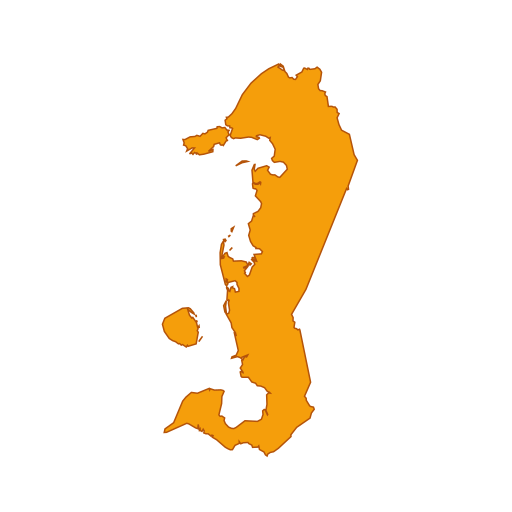 outline of Nenets, rotated 292°
{"feature_id": "RUS-2381", "entity_name": "Nenets", "entity_type": "Autonomous Province", "adm_level": 1, "iso_a3": "RUS", "parent_name": "Russia", "parent_adm1": "", "projection": "mercator", "projection_center": [54.749, 68.144], "detail": "fine", "context": "isolated", "style": "filled", "palette": "amber", "viewbox_px": 512, "rotation_deg": 292, "n_neighbors": 0, "source": "natural_earth", "source_scale": "10m", "svg_char_len": 6125}
<svg xmlns="http://www.w3.org/2000/svg" viewBox="0 0 512 512"><g transform="rotate(292 256 256)"><path d="M74.7,341.2L75.2,339.2L77.3,336.8L77.9,331.7L80.9,329.7L79.5,329.3L77.3,324.5L79.1,322.9L79.4,319.5L80.1,318.4L78.1,314.2L76.2,312.2L77.6,310.0L76.0,310.7L72.6,307.5L67.6,306.7L66.7,304.7L66.8,302.1L67.2,299.1L70.9,288.3L71.6,283.5L73.4,283.5L73.4,282.2L72.1,281.9L73.2,278.3L72.4,276.0L72.4,273.9L74.4,273.5L75.6,271.9L73.1,271.6L73.3,269.7L74.7,269.0L73.3,268.7L78.2,265.5L74.1,266.8L74.0,264.4L75.2,256.4L74.9,254.4L59.0,239.1L58.0,237.0L61.6,236.4L70.6,242.1L94.0,242.4L98.9,243.9L105.3,247.2L106.8,253.1L115.7,262.2L114.4,263.2L115.8,263.4L116.1,267.7L118.7,273.6L119.0,275.8L118.6,277.1L112.9,277.0L106.3,279.4L94.8,281.1L93.9,282.8L94.8,284.3L94.1,287.6L91.5,288.0L89.1,290.4L87.1,294.6L87.0,297.8L87.7,300.1L89.6,301.8L99.1,307.5L103.2,319.3L106.7,322.2L111.6,321.9L114.9,320.2L116.8,321.1L116.9,322.0L113.0,326.1L113.5,326.2L116.6,323.0L122.7,321.7L131.2,317.9L133.8,319.0L134.2,320.6L134.7,319.6L134.7,317.2L137.1,313.3L137.2,309.2L136.2,305.8L137.9,303.3L137.6,299.3L140.7,294.4L138.6,289.1L138.4,288.1L138.9,287.2L142.6,284.8L143.4,285.4L142.9,287.7L143.3,287.6L146.2,283.4L150.3,284.2L154.0,281.8L154.8,282.6L154.1,282.8L158.0,283.1L159.3,284.1L158.7,284.8L159.2,285.2L161.2,285.4L156.9,280.9L155.4,281.3L155.9,279.1L155.7,276.4L152.0,271.6L153.5,271.5L156.6,274.8L161.7,275.0L177.3,264.2L174.3,267.7L177.1,265.7L180.6,260.5L184.7,258.0L190.8,250.4L192.9,252.2L195.8,251.8L202.2,248.0L204.8,247.7L205.1,247.1L204.1,246.8L204.6,245.4L213.5,242.5L215.5,240.6L216.3,240.5L215.6,242.6L213.5,243.9L213.3,245.0L217.6,244.6L218.8,245.8L217.7,245.9L217.7,248.3L214.8,250.4L216.8,253.4L219.5,252.4L222.6,249.0L224.4,248.3L225.3,245.9L221.1,240.2L221.2,238.8L223.4,238.4L223.6,236.9L221.2,237.8L219.7,240.4L217.3,239.9L218.2,238.2L234.5,226.2L245.6,221.5L253.9,219.6L257.7,220.2L254.1,222.2L240.6,224.8L241.9,226.8L243.1,226.8L242.3,225.8L243.0,225.3L247.0,226.3L248.3,227.8L245.4,230.1L244.8,231.8L244.6,235.5L242.8,237.0L246.1,244.3L246.8,249.2L244.3,252.1L240.9,248.8L240.3,249.4L242.3,252.1L237.9,250.8L236.7,252.3L235.7,251.9L233.8,255.7L235.9,257.0L244.4,256.6L247.7,258.0L249.4,256.8L251.1,253.2L251.7,253.4L250.9,256.1L251.4,258.6L256.7,253.6L260.0,260.2L262.5,260.3L264.1,256.5L262.9,253.1L263.9,252.8L264.4,249.5L267.4,245.5L272.4,241.5L277.9,240.9L283.1,236.8L286.7,238.8L292.1,238.4L292.4,238.9L291.9,240.5L293.2,238.1L294.3,237.7L298.2,241.2L302.5,242.3L306.7,241.5L308.2,239.9L311.5,232.9L317.3,232.4L318.2,230.4L317.7,229.2L317.8,227.8L321.6,225.7L322.9,225.7L322.2,228.5L323.2,231.0L325.2,232.2L324.5,233.2L326.1,232.8L326.3,231.9L323.6,230.0L323.0,228.0L323.3,225.5L334.1,220.1L340.2,220.2L340.5,220.8L335.7,221.9L334.3,223.5L338.1,225.0L343.7,232.1L343.3,234.9L339.8,234.6L337.2,238.8L337.5,241.3L338.3,243.1L337.5,246.6L337.8,248.6L348.2,252.5L351.4,250.3L353.3,246.3L352.7,242.8L349.7,237.9L350.6,235.5L352.4,233.9L355.4,235.5L362.2,233.8L366.3,229.3L368.4,225.4L371.1,224.8L370.0,223.8L370.7,220.1L369.9,214.2L367.7,211.4L366.7,211.6L367.1,214.3L366.5,215.0L364.4,213.6L364.4,207.5L363.5,204.5L359.4,197.6L357.7,192.5L356.4,191.3L356.6,188.9L358.0,186.9L365.5,186.5L365.7,185.4L365.1,183.8L366.7,182.9L366.0,180.8L366.4,178.8L370.3,176.5L372.4,177.7L373.5,176.6L374.4,178.3L378.9,180.4L385.3,181.9L400.5,182.9L414.3,186.6L427.0,192.7L434.4,197.7L442.5,205.1L441.7,206.2L439.4,205.6L438.2,211.1L438.6,212.9L441.2,210.4L441.0,207.3L443.1,206.8L442.2,210.1L437.9,213.7L436.8,216.2L434.0,219.1L433.8,220.6L435.0,222.6L434.0,224.8L434.5,226.5L437.8,227.2L438.7,225.5L443.8,229.6L448.0,229.9L448.5,230.7L448.2,233.7L449.7,233.8L449.9,234.9L449.2,235.7L449.6,236.8L451.7,240.5L454.0,241.9L453.1,245.2L450.9,248.0L442.5,250.0L438.2,249.1L434.5,251.4L433.4,253.5L434.0,255.3L434.1,259.0L432.1,259.0L430.7,260.2L430.4,262.1L421.8,267.1L423.2,270.3L423.1,272.0L423.8,273.5L422.4,276.2L419.5,277.5L419.2,279.7L414.5,279.4L408.9,283.7L404.7,288.2L403.8,297.0L386.7,309.0L382.7,314.2L355.4,315.2L352.5,316.8L351.7,316.0L352.5,314.7L243.8,314.8L215.2,310.8L212.8,313.5L209.7,314.6L209.1,316.8L204.0,318.0L203.5,318.9L203.8,320.7L203.2,322.5L204.4,323.8L203.7,324.5L159.4,353.9L144.1,353.5L142.9,355.8L141.0,356.7L137.3,361.7L136.9,362.8L137.4,365.9L135.7,367.4L131.2,366.2L125.9,366.8L112.4,357.9L103.3,355.3L101.7,356.1L86.1,348.8L81.1,345.6L79.3,342.9L76.8,341.1L74.7,341.2ZM182.7,212.8L182.5,214.8L180.0,219.6L179.0,220.4L179.5,217.1L181.0,212.6L176.2,216.5L174.4,219.8L175.4,220.4L172.1,225.6L166.8,229.5L164.7,229.5L163.7,231.0L152.1,233.4L146.8,226.8L147.5,225.8L145.5,225.4L146.4,221.1L145.4,220.1L146.2,218.0L145.5,217.0L146.4,213.6L146.3,210.4L147.0,206.5L151.7,199.3L157.7,194.8L164.1,194.8L179.9,207.3L182.7,212.8ZM363.5,179.0L361.9,181.7L362.4,184.0L360.5,183.5L358.4,185.6L354.5,184.0L352.5,185.7L352.8,186.7L351.4,185.2L346.2,184.3L346.5,183.5L345.7,182.1L345.9,181.1L347.3,179.8L343.9,175.4L341.6,175.7L335.2,172.7L338.6,176.2L336.5,176.9L330.9,169.5L328.6,165.6L329.2,163.8L328.3,162.7L329.4,162.4L328.8,161.7L329.0,160.3L326.6,159.5L327.4,157.8L325.8,156.1L333.1,158.5L332.3,156.3L327.3,152.4L329.9,152.4L331.9,149.5L331.7,147.3L334.0,147.0L336.7,144.6L337.3,146.5L341.8,150.3L344.0,154.7L345.7,155.9L346.0,159.3L349.8,160.8L350.1,162.9L352.6,164.6L354.6,164.6L359.7,171.9L361.3,171.6L362.4,173.8L362.1,176.6L363.5,179.0ZM197.8,244.6L203.5,245.2L197.8,246.7L191.1,250.4L192.5,248.1L197.8,244.6ZM340.5,211.4L340.6,213.0L337.3,208.2L332.0,203.4L338.9,207.6L340.5,211.4ZM253.0,253.6L253.9,254.6L253.4,256.2L251.3,256.3L252.0,254.1L253.6,252.7L253.0,253.6ZM245.3,252.1L247.6,252.0L247.0,254.6L245.4,253.9L245.3,252.1ZM272.0,222.8L274.4,224.5L269.5,224.5L269.7,223.8L272.0,222.8ZM259.2,219.8L260.1,221.1L259.1,222.4L257.9,222.0L259.2,219.8ZM251.2,229.4L254.4,230.5L254.8,230.9L251.2,229.4ZM156.0,235.1L161.5,236.5L155.2,235.1L156.0,235.1ZM264.2,223.2L265.8,224.4L263.9,223.6L264.2,223.2ZM169.4,229.2L169.9,229.3L168.0,230.4L169.4,229.2ZM177.0,223.6L178.9,222.0L178.3,223.0L177.0,223.6ZM172.7,226.1L174.2,224.8L172.6,226.3L172.7,226.1Z" fill="#f59e0b" stroke="#b45309" stroke-width="1.5"/></g></svg>